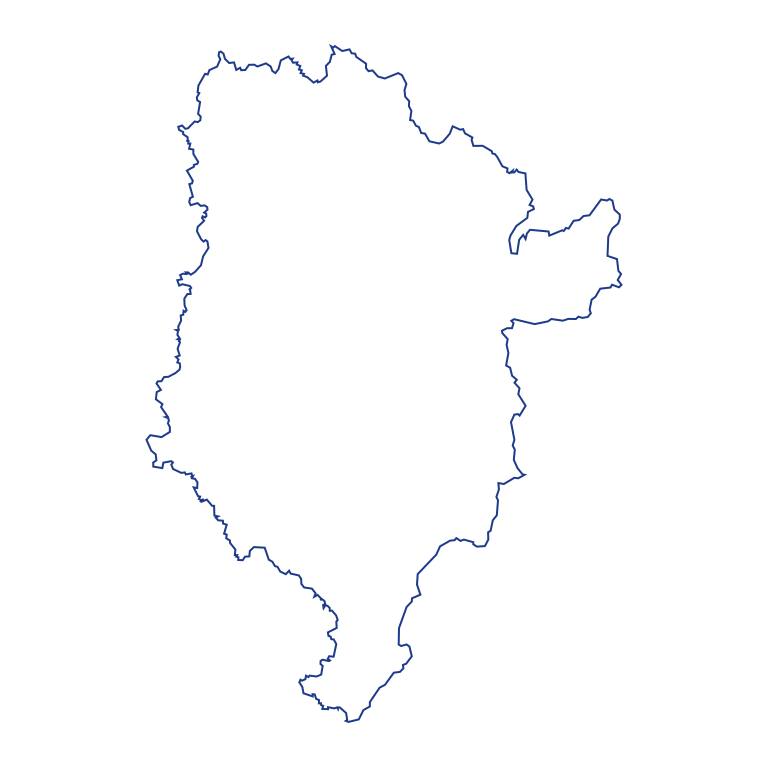 the district of Santa Catarina, Santa Catarina, Cabo Verde
{"feature_id": "66160863B9089914822408", "entity_name": "Santa Catarina", "entity_type": "district", "adm_level": 2, "iso_a3": "CPV", "parent_name": "Cabo Verde", "parent_adm1": "Santa Catarina", "projection": "mercator", "projection_center": [-23.734, 15.091], "detail": "fine", "context": "isolated", "style": "outline", "palette": "blue", "viewbox_px": 768, "rotation_deg": 0, "n_neighbors": 0, "source": "geoboundaries", "source_scale": "gbopen_adm2", "svg_char_len": 6043}
<svg xmlns="http://www.w3.org/2000/svg" viewBox="0 0 768 768"><path d="M406.4,83.9L402.0,75.2L398.2,73.1L384.8,78.5L377.9,76.5L372.5,70.4L368.6,71.2L366.0,68.1L366.1,63.7L356.3,56.9L355.2,53.7L351.7,53.3L349.5,49.4L342.3,51.0L334.8,46.1L333.2,47.6L331.2,46.4L334.6,54.0L331.7,54.7L329.9,61.8L325.9,65.9L327.0,75.7L320.5,81.5L317.9,82.3L317.4,80.5L313.6,82.6L307.2,77.1L303.1,75.7L304.0,73.9L300.6,73.1L301.8,70.3L299.0,69.5L300.3,66.0L296.7,64.5L297.4,62.4L293.0,62.7L291.6,60.1L292.6,58.7L290.4,59.0L288.5,56.5L280.8,60.4L278.5,69.1L275.4,73.1L272.4,71.0L270.6,66.4L265.9,63.4L257.4,66.5L254.3,64.7L249.0,64.8L245.3,70.0L241.2,70.2L240.2,67.8L236.3,69.9L234.0,62.4L229.2,63.0L224.9,58.8L223.5,53.7L220.9,51.6L219.1,52.2L218.6,55.8L220.3,59.2L217.1,66.6L209.4,70.1L207.7,74.5L205.1,73.8L198.4,85.6L197.6,92.3L199.3,93.1L196.8,97.4L197.3,100.4L200.1,102.0L198.1,113.9L200.7,116.6L200.3,120.3L197.7,122.1L194.6,121.5L188.0,128.3L185.3,128.8L182.1,125.5L178.3,126.8L179.1,129.9L183.2,132.0L183.2,134.2L187.6,137.2L187.8,140.4L186.5,141.0L188.5,141.1L188.2,143.6L190.3,143.6L189.1,148.8L193.3,149.5L193.4,154.0L198.2,161.9L197.4,163.8L193.9,164.9L193.9,166.7L186.9,170.6L192.8,180.8L192.0,183.4L189.3,184.1L192.9,196.8L190.1,198.1L189.2,202.0L190.7,205.2L197.6,203.1L200.7,205.9L204.6,205.4L207.2,207.1L207.5,209.6L204.2,212.6L206.2,213.5L206.4,216.1L205.1,217.4L202.6,216.3L202.0,217.8L204.1,220.8L197.7,226.9L197.0,231.3L201.2,239.4L203.6,241.6L205.6,240.1L207.4,241.4L208.5,247.9L203.1,256.4L201.0,265.2L194.9,272.0L190.8,274.7L188.1,272.4L186.4,272.4L187.8,273.5L186.7,274.0L183.0,273.7L180.1,275.1L181.9,279.3L177.3,280.2L179.2,285.6L182.3,284.2L189.9,286.0L191.2,287.9L188.9,289.8L190.1,289.5L190.6,293.9L187.3,294.1L184.3,298.7L184.6,305.5L186.6,310.2L185.3,311.9L183.6,310.8L183.2,314.7L180.7,315.5L181.1,320.6L178.2,326.7L178.8,329.7L176.3,330.0L178.0,330.9L177.4,334.9L179.5,338.0L177.7,339.2L179.9,339.6L178.9,341.1L180.0,342.2L177.6,348.8L179.7,355.5L175.9,356.9L178.5,359.5L177.3,362.4L179.8,363.4L180.2,367.0L179.5,369.7L175.5,373.0L168.4,376.8L164.0,377.1L161.5,381.2L157.7,381.4L156.5,383.5L160.9,389.9L156.7,392.1L155.9,399.3L162.4,404.1L161.1,407.1L167.7,416.7L165.6,417.1L168.1,418.1L168.9,420.5L167.9,423.3L169.8,426.9L169.9,431.9L161.5,437.1L150.3,435.2L146.5,439.8L151.2,450.6L155.7,454.4L156.4,460.4L153.2,462.5L153.3,466.6L162.3,468.1L163.4,462.6L171.3,461.2L172.9,462.3L171.3,464.8L173.1,469.0L181.3,472.9L184.8,472.4L185.8,474.4L191.5,473.4L192.3,476.3L190.5,477.2L193.0,476.1L192.0,478.3L195.1,478.9L197.5,482.4L197.2,488.0L193.7,487.4L198.1,496.2L200.1,496.6L198.9,499.0L201.4,500.2L203.7,499.0L200.8,501.4L201.4,501.8L206.8,499.6L212.1,505.8L214.1,505.9L214.4,515.6L218.1,516.4L215.8,517.7L218.2,520.3L222.9,520.7L223.1,523.6L226.7,524.7L224.1,533.7L226.7,534.6L226.2,538.2L229.9,540.5L230.1,543.0L235.4,549.5L234.8,555.1L237.2,555.1L236.3,556.7L238.4,557.3L238.2,560.0L242.7,560.2L245.0,556.7L249.3,556.4L249.9,550.9L253.9,547.1L264.7,547.7L268.8,559.7L272.4,561.7L274.9,566.1L277.5,566.8L280.2,571.5L285.8,574.2L289.1,570.7L290.6,573.6L298.8,575.4L301.1,578.7L301.4,584.0L304.2,587.5L311.9,588.6L315.6,593.3L314.3,596.7L317.5,594.9L321.4,598.8L320.3,600.1L322.0,599.1L324.5,601.1L325.2,603.8L323.1,605.1L323.6,608.1L325.4,605.2L327.6,605.9L329.7,608.0L329.8,610.8L332.0,610.6L336.1,615.4L337.7,620.0L336.3,621.7L336.7,627.9L327.9,632.4L328.5,636.0L330.6,636.5L331.3,639.2L333.7,639.4L336.3,644.1L333.6,656.7L329.2,656.2L327.8,658.7L330.0,660.4L329.0,661.1L322.5,659.7L320.6,660.9L320.5,664.0L322.7,665.9L321.2,674.6L316.5,676.5L309.6,675.6L308.4,677.1L306.0,675.7L305.4,679.2L301.9,680.7L300.5,679.7L299.3,682.3L302.3,686.9L303.5,693.3L312.7,696.4L312.6,694.2L314.7,694.4L316.2,698.9L319.0,700.0L318.9,703.4L320.9,703.2L321.2,705.2L323.2,705.8L322.3,708.9L328.0,709.2L328.0,707.2L334.3,708.4L337.0,707.4L337.9,708.8L338.0,707.4L339.7,707.4L346.1,713.0L347.2,719.9L345.8,720.9L348.6,721.9L358.8,719.4L363.4,710.1L369.8,706.5L369.9,702.0L379.6,687.7L385.0,684.8L393.8,672.7L399.9,671.9L403.4,668.4L403.0,664.9L406.2,663.7L411.8,656.3L409.4,646.4L406.5,644.5L401.1,646.0L398.7,644.5L399.0,628.1L406.6,607.0L411.8,601.5L412.0,598.3L420.4,594.7L417.0,584.6L417.7,574.1L436.3,554.6L440.1,546.3L450.2,540.6L454.6,540.2L456.3,538.1L460.6,540.9L463.9,539.6L473.3,542.2L473.3,544.3L476.9,546.6L484.9,546.1L488.3,539.6L488.1,532.3L490.6,530.8L492.8,520.3L496.8,515.3L498.0,500.3L496.4,497.0L498.9,489.4L498.4,483.1L503.9,484.0L514.3,477.8L518.1,478.3L524.6,474.8L522.5,474.3L517.6,468.3L513.8,459.9L514.8,449.6L512.7,445.5L514.4,439.8L511.0,422.1L514.4,414.6L518.0,414.1L519.6,415.6L525.6,405.8L518.3,394.2L519.5,388.3L514.5,382.7L516.8,379.8L512.1,375.8L510.1,367.7L506.1,365.5L508.4,353.0L506.6,344.8L507.7,339.1L502.3,333.1L502.0,330.7L507.1,328.2L512.0,328.2L513.5,323.2L511.3,320.8L514.1,319.2L534.7,324.1L547.9,321.4L551.4,319.0L562.8,320.7L568.3,318.9L575.9,319.0L578.5,316.7L582.3,317.9L587.7,317.0L590.8,313.3L589.6,309.7L591.6,299.7L595.6,296.6L600.2,288.7L610.5,287.5L612.0,284.7L619.0,287.3L621.5,284.8L617.7,280.0L621.1,274.0L618.4,270.9L617.0,259.1L607.5,255.9L608.3,236.6L612.4,228.4L618.1,223.6L619.8,218.9L619.8,214.6L614.4,209.6L612.4,200.6L609.4,199.0L607.0,200.5L601.1,199.5L589.5,215.3L583.6,216.0L579.3,220.0L573.6,220.8L568.6,228.6L565.9,227.9L563.8,231.0L562.2,230.3L549.3,235.6L548.6,231.5L530.0,229.8L526.9,233.5L525.6,239.0L523.2,234.9L519.2,239.7L517.0,253.8L511.4,253.2L509.2,240.0L510.5,235.5L516.4,225.9L527.3,217.9L528.0,211.9L533.9,209.0L533.2,206.4L529.6,205.0L532.5,199.6L526.6,189.9L525.4,173.4L518.5,172.0L516.7,169.6L514.3,172.3L512.0,172.5L512.6,170.7L509.5,173.2L507.1,171.9L507.5,168.4L502.4,166.3L497.5,157.4L495.0,154.1L492.4,153.5L491.8,151.2L482.7,145.8L473.4,145.9L471.6,139.9L472.4,137.5L465.0,133.4L463.1,129.1L460.2,129.7L452.7,126.3L449.7,133.8L442.9,141.7L439.1,143.5L429.4,141.3L425.0,133.6L421.2,133.0L418.9,127.0L416.0,125.8L413.2,120.7L410.1,120.0L411.4,110.9L408.9,106.1L409.2,101.2L405.2,96.7L404.5,90.1L406.4,83.9Z" fill="none" stroke="#1e3a8a" stroke-width="2"/></svg>